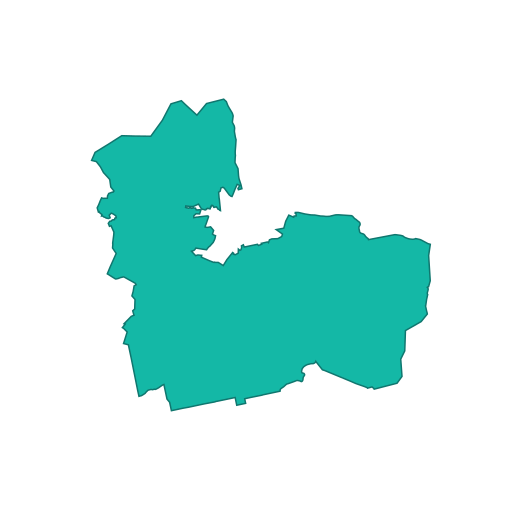 Valkas pag., Valkas, Latvia (orthographic projection), rotated 336°
{"feature_id": "27541924B2692398092929", "entity_name": "Valkas pag.", "entity_type": "district", "adm_level": 2, "iso_a3": "LVA", "parent_name": "Latvia", "parent_adm1": "Valkas", "projection": "orthographic", "projection_center": [26.01, 57.752], "detail": "fine", "context": "isolated", "style": "filled", "palette": "teal", "viewbox_px": 512, "rotation_deg": 336, "n_neighbors": 0, "source": "geoboundaries", "source_scale": "gbopen_adm2", "svg_char_len": 5985}
<svg xmlns="http://www.w3.org/2000/svg" viewBox="0 0 512 512"><g transform="rotate(336 256 256)"><path d="M117.6,354.5L115.8,362.9L127.6,365.4L132.8,366.7L148.4,370.0L159.3,372.6L159.9,372.5L161.9,373.0L179.4,376.8L177.7,384.5L186.6,386.4L187.6,381.8L193.4,383.0L205.0,385.6L205.7,385.6L223.0,389.3L223.6,388.2L224.0,387.7L224.9,387.3L228.1,386.7L231.1,385.7L232.1,385.5L233.4,385.7L239.9,386.2L242.5,386.3L243.3,386.6L245.2,387.9L246.1,389.0L246.6,389.3L247.2,389.2L247.8,388.9L248.5,388.2L249.6,386.3L250.1,385.8L251.5,384.9L252.1,384.4L252.2,383.4L252.0,382.7L250.5,381.4L250.5,380.6L250.9,379.6L252.4,377.7L254.5,376.6L256.0,376.3L257.4,376.1L258.8,376.1L262.3,376.7L264.5,377.6L266.0,377.6L266.9,377.3L267.7,376.6L267.7,377.1L267.9,377.3L270.4,387.0L272.1,388.5L291.0,408.4L295.4,413.2L302.0,419.4L304.4,421.9L304.3,422.1L308.7,422.8L309.8,424.9L309.8,425.7L333.1,429.6L340.4,425.4L346.3,409.0L346.5,408.9L353.3,403.2L362.2,384.9L380.2,383.1L388.9,378.7L389.2,377.5L389.5,375.6L390.6,370.4L390.9,370.3L394.1,365.2L397.2,361.0L397.1,360.6L397.1,360.3L397.2,360.0L397.5,359.3L399.1,357.4L399.7,356.5L399.9,356.0L400.0,355.3L399.9,354.9L399.7,354.3L400.1,354.1L401.2,354.2L405.1,349.5L413.9,325.8L420.0,316.2L418.1,314.6L413.6,308.8L413.0,308.1L412.1,307.3L408.9,305.0L407.7,305.0L406.0,304.5L404.2,303.5L402.8,302.6L401.6,301.6L399.8,299.8L399.3,299.2L398.3,297.4L397.7,296.9L396.6,296.0L392.2,293.3L391.3,292.9L389.2,292.4L365.4,286.8L365.5,285.7L364.8,284.5L364.4,283.6L364.0,282.4L363.8,281.1L363.3,279.9L362.8,279.3L361.2,277.9L361.0,277.7L360.6,276.9L360.5,276.3L360.5,275.9L360.9,274.6L361.1,273.2L361.3,272.6L361.7,271.7L362.0,271.2L363.2,270.3L363.7,269.9L364.0,269.4L364.3,268.5L364.3,268.1L364.3,267.6L364.3,267.4L364.0,266.8L363.2,265.3L362.2,263.2L361.8,262.6L361.3,261.9L360.4,259.0L360.0,258.4L359.5,257.9L347.9,251.8L346.5,251.2L345.0,250.7L339.1,249.6L336.0,248.3L334.0,247.1L331.2,245.7L326.4,242.5L322.9,240.8L317.8,237.5L313.6,234.3L312.2,233.3L309.6,232.2L309.2,232.8L309.8,233.2L309.1,235.7L307.0,235.0L306.2,235.9L302.6,232.0L297.3,236.3L292.7,241.9L285.2,240.1L289.1,246.7L287.9,248.2L287.2,248.7L283.0,249.0L277.4,246.8L274.9,246.7L272.8,248.9L272.4,248.1L272.1,247.8L266.0,246.6L266.0,247.6L262.5,247.4L262.1,245.9L250.1,243.3L248.9,243.0L249.0,240.6L246.8,240.8L246.4,242.3L244.8,244.2L243.6,244.3L242.7,242.5L240.9,246.2L237.6,246.4L236.5,245.6L236.1,245.1L236.7,244.5L236.1,243.3L227.9,247.5L222.2,251.4L218.9,246.5L215.2,244.8L215.2,244.6L214.7,244.6L211.0,240.8L207.1,236.5L205.6,234.9L206.7,233.3L205.9,232.9L203.3,231.4L201.0,231.1L199.0,225.4L201.4,225.7L202.7,225.3L204.3,224.3L209.6,227.8L213.4,230.2L215.2,229.1L216.8,228.4L217.7,228.3L222.4,226.2L224.0,224.9L225.5,223.5L227.3,221.0L225.8,219.5L225.2,218.2L227.7,215.4L226.4,210.9L223.4,210.2L221.3,208.9L222.0,207.7L222.7,207.2L228.6,200.9L228.5,200.7L228.5,200.0L227.7,199.5L219.6,197.0L219.3,197.0L217.5,196.3L214.8,195.7L215.3,194.4L215.6,193.9L217.1,193.4L218.4,193.0L221.6,194.6L224.3,191.6L223.4,190.8L221.2,190.1L220.1,189.4L220.2,187.7L219.4,187.3L218.3,186.5L217.4,186.5L216.3,186.1L216.1,185.7L215.4,185.1L214.9,185.0L213.9,185.0L212.9,184.1L212.5,184.0L211.4,183.0L212.3,181.7L213.2,182.4L214.5,183.0L215.2,183.6L215.8,183.8L217.3,184.6L219.0,185.3L220.0,185.2L224.6,185.2L225.3,190.6L226.6,192.0L227.4,192.3L228.1,193.2L229.0,193.4L229.6,193.1L229.8,192.7L230.4,192.7L230.8,192.8L231.1,193.1L231.4,193.0L231.4,192.8L231.5,192.8L232.1,193.5L232.5,193.9L233.1,194.2L233.4,194.3L233.5,194.2L233.6,193.7L233.9,193.2L234.8,193.0L234.8,192.9L234.9,192.7L234.7,192.4L234.8,192.2L235.6,192.3L236.1,192.1L236.3,191.7L236.5,191.8L237.1,192.5L237.1,193.3L237.3,193.5L237.2,194.3L237.4,194.6L238.2,194.6L238.4,194.6L238.7,194.6L239.2,195.0L239.8,195.0L240.0,195.3L240.0,195.5L240.0,195.9L240.3,196.7L240.2,197.5L240.3,197.6L241.4,198.9L241.4,199.2L241.4,199.5L242.0,200.1L242.6,198.3L245.4,189.8L245.8,188.4L245.8,188.2L247.8,182.5L248.1,182.5L249.7,182.2L251.6,179.6L253.7,179.7L254.6,181.1L256.4,189.3L257.5,191.3L258.3,191.9L260.6,189.8L263.5,186.9L267.9,182.9L270.0,185.0L267.0,186.9L266.9,188.3L270.5,188.8L271.3,184.6L271.8,179.7L272.0,178.1L272.7,175.6L275.1,168.9L274.9,164.5L274.8,162.8L274.8,162.2L274.9,161.9L277.0,157.7L278.1,155.8L278.6,154.2L279.5,152.1L281.8,147.9L285.1,141.6L285.2,140.7L285.5,139.0L286.9,133.5L287.4,132.5L288.5,130.5L289.0,128.5L289.0,127.7L288.8,124.6L288.8,124.3L289.1,123.7L292.0,118.9L292.2,118.3L292.4,116.6L292.4,115.2L291.7,109.7L291.5,107.5L291.5,106.3L291.7,102.9L290.3,99.6L272.8,96.6L259.3,103.3L252.9,88.5L251.0,83.8L240.2,82.4L225.7,93.9L208.6,103.8L194.0,97.1L182.3,91.5L165.4,94.0L151.7,95.8L151.1,95.9L144.7,101.8L148.5,104.8L148.6,105.0L150.1,111.1L150.2,112.2L150.6,117.8L152.7,124.0L153.5,126.6L151.4,133.9L152.7,138.9L151.3,139.6L150.8,139.4L150.7,139.2L146.9,139.0L144.8,140.7L143.7,142.8L140.9,141.6L139.8,141.2L138.6,140.1L136.3,142.1L133.0,145.3L130.5,147.4L129.9,151.7L130.0,151.7L130.7,151.7L130.6,152.5L131.4,154.2L132.1,155.4L131.2,156.6L131.5,156.6L132.1,157.1L132.8,158.4L134.0,159.5L134.4,160.3L136.5,161.8L138.3,161.8L138.5,159.0L141.2,158.0L142.0,158.8L143.0,160.1L144.3,162.3L143.9,164.2L143.2,164.0L142.5,164.0L141.5,165.2L139.4,164.6L137.9,165.2L136.5,164.8L134.3,166.1L134.2,169.3L135.9,169.4L135.9,176.4L134.7,178.7L130.2,186.1L130.2,186.6L128.2,190.3L129.3,196.8L118.5,206.5L112.9,211.8L118.2,219.7L118.6,220.0L120.9,220.5L123.3,220.6L126.5,221.2L127.2,221.9L134.4,231.5L134.7,232.2L134.8,233.5L132.5,233.7L129.3,238.5L126.4,242.0L127.8,246.5L123.6,255.1L121.1,255.9L120.6,259.1L120.5,260.5L117.5,260.4L107.9,264.2L108.8,265.0L104.8,267.1L105.6,268.2L107.4,273.0L99.4,282.1L103.3,285.2L100.7,297.4L100.5,298.4L93.2,330.8L92.0,336.6L92.8,336.7L94.6,337.0L97.0,336.7L98.8,336.4L100.1,335.7L102.5,334.8L103.0,334.7L105.8,335.2L107.2,336.1L108.9,336.3L109.2,336.5L109.5,336.8L110.2,337.0L113.3,336.8L114.8,336.5L118.0,335.9L119.6,335.9L116.5,350.5L117.6,354.5Z" fill="#14b8a6" stroke="#0f766e" stroke-width="1.5"/></g></svg>